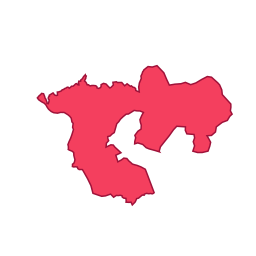 Steni, Paphos, Cyprus (orthographic projection), rotated 107°
{"feature_id": "46923920B12121468549379", "entity_name": "Steni", "entity_type": "district", "adm_level": 2, "iso_a3": "CYP", "parent_name": "Cyprus", "parent_adm1": "Paphos", "projection": "orthographic", "projection_center": [32.467, 35.005], "detail": "fine", "context": "isolated", "style": "filled", "palette": "rose", "viewbox_px": 256, "rotation_deg": 107, "n_neighbors": 0, "source": "geoboundaries", "source_scale": "gbopen_adm2", "svg_char_len": 3561}
<svg xmlns="http://www.w3.org/2000/svg" viewBox="0 0 256 256"><g transform="rotate(107 128 128)"><path d="M182.2,84.1L166.6,96.1L162.4,99.4L161.4,104.3L161.1,108.4L161.2,110.6L161.2,113.3L160.2,115.3L159.3,117.5L157.5,120.2L158.0,123.2L160.5,125.0L163.3,127.8L161.2,129.2L157.6,131.7L153.7,127.5L150.1,135.0L148.6,137.1L149.1,139.5L152.7,143.4L148.7,144.2L145.8,142.8L144.2,144.1L142.1,144.9L140.9,142.8L138.3,141.4L136.4,139.8L131.5,139.9L127.2,140.0L124.7,138.7L121.8,137.8L118.6,136.0L115.3,133.8L114.5,131.7L111.4,129.0L109.4,127.3L109.0,124.5L108.2,121.5L108.6,117.8L112.0,118.5L116.6,119.0L119.0,117.8L121.3,116.2L125.2,115.2L128.2,117.6L133.0,119.3L135.1,117.8L138.7,117.6L141.2,117.0L139.4,114.3L139.4,109.1L141.5,104.9L141.8,101.7L141.6,95.6L141.6,91.0L141.3,91.4L136.5,91.5L131.6,89.6L123.3,86.3L116.4,84.0L112.1,81.9L110.1,73.4L113.5,72.5L116.4,70.0L114.9,63.0L118.0,61.4L122.0,61.6L125.6,59.1L131.2,59.2L131.1,54.2L129.7,49.8L126.7,44.7L121.6,44.5L117.5,44.8L114.9,47.4L112.3,50.2L110.7,46.0L106.2,43.2L101.1,43.9L95.0,39.5L91.7,35.2L87.1,34.1L84.3,32.5L81.7,35.1L78.0,35.7L75.0,36.7L68.5,47.6L64.1,49.5L60.0,53.0L58.6,55.3L55.0,63.0L55.6,67.2L59.9,71.6L65.1,76.3L68.2,80.7L67.6,86.5L70.2,90.3L72.4,96.0L74.9,101.0L70.4,105.1L64.7,109.9L59.9,118.5L62.6,122.6L63.4,126.8L67.7,129.8L68.4,129.8L70.0,130.4L72.1,130.4L74.6,130.8L76.6,129.8L79.0,130.0L81.6,130.3L84.3,129.9L85.6,129.8L90.2,127.8L90.1,130.1L89.8,131.6L88.3,132.1L87.4,133.5L87.5,135.4L86.7,137.1L87.4,137.9L86.0,141.8L88.6,143.5L86.3,147.3L87.0,149.6L87.6,151.5L87.2,152.6L88.7,155.8L91.2,154.6L94.1,156.1L95.0,157.1L93.7,159.6L92.4,161.7L92.4,163.0L92.5,164.5L94.4,166.4L96.1,165.9L97.4,166.1L98.7,167.6L98.7,169.4L97.6,169.8L97.0,171.2L97.4,173.4L98.0,175.2L98.7,176.2L98.7,177.3L98.2,178.4L98.6,179.7L97.3,180.8L96.3,182.0L95.8,183.3L94.3,183.2L93.1,182.9L92.1,183.1L90.5,183.1L90.2,184.1L89.6,184.4L91.8,185.5L94.0,186.0L95.1,186.6L95.7,187.1L96.3,187.2L97.1,187.0L97.6,188.7L99.2,188.6L100.5,187.8L101.2,187.6L101.3,189.0L100.5,189.9L101.1,191.0L103.0,192.0L104.1,192.8L104.6,194.3L105.7,194.8L105.9,194.9L107.1,195.8L106.5,197.2L106.8,198.1L107.8,198.8L108.7,200.0L109.4,200.6L109.9,200.7L110.7,202.1L111.9,202.6L112.7,203.4L113.9,205.1L114.3,206.1L115.8,205.5L117.2,205.0L117.8,205.7L118.0,207.3L117.5,208.5L116.4,209.6L116.5,210.1L117.9,211.3L119.0,212.3L119.8,212.9L120.6,212.4L121.4,213.0L122.1,213.1L123.5,212.7L124.1,211.7L125.2,211.4L127.1,211.3L128.1,211.4L128.1,212.7L127.0,213.0L125.6,214.1L124.3,215.1L123.6,216.1L122.1,217.0L119.9,218.8L120.2,220.8L121.5,221.3L123.1,222.4L124.6,223.0L125.7,223.5L127.1,221.7L128.2,218.3L128.8,215.3L129.9,213.3L131.9,211.2L133.3,209.4L134.7,206.2L135.1,203.5L134.4,199.7L132.8,197.1L131.8,193.6L132.9,189.3L133.9,187.0L135.3,185.1L138.6,183.4L139.6,181.8L143.5,181.2L145.4,179.7L148.4,179.7L150.9,179.7L154.7,179.9L158.4,180.4L161.5,180.6L162.7,179.8L165.0,179.0L166.0,178.9L166.3,177.6L166.5,174.8L167.3,172.8L170.2,171.7L173.8,169.5L176.0,169.3L177.5,169.5L178.9,170.5L180.1,170.1L181.1,169.9L181.1,168.3L180.5,167.3L180.2,165.0L181.5,164.1L182.0,162.5L181.4,160.7L181.1,159.4L188.4,151.7L193.9,146.6L200.7,142.4L201.0,133.2L199.5,129.7L196.3,125.3L198.4,121.5L195.9,119.5L195.4,117.4L194.6,115.8L194.5,114.0L195.8,113.2L196.3,111.6L195.9,109.4L198.3,108.4L199.5,108.2L198.8,105.2L198.0,103.5L200.3,101.4L196.9,99.6L195.4,99.3L193.0,99.1L192.0,97.4L189.7,95.9L188.0,94.8L187.5,93.1L187.3,93.3L186.6,93.1L185.1,91.2L184.8,88.9L184.0,87.2L183.9,85.6L183.0,84.5L182.2,84.1Z" fill="#f43f5e" stroke="#9f1239" stroke-width="1.5"/></g></svg>